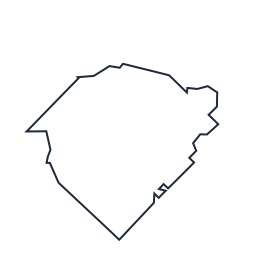 the district of Gilmer, Georgia, United States of America, rotated 314°
{"feature_id": "52423323B63727267020347", "entity_name": "Gilmer", "entity_type": "district", "adm_level": 2, "iso_a3": "USA", "parent_name": "United States of America", "parent_adm1": "Georgia", "projection": "mercator", "projection_center": [-84.424, 34.703], "detail": "fine", "context": "isolated", "style": "outline", "palette": "slate", "viewbox_px": 256, "rotation_deg": 314, "n_neighbors": 0, "source": "geoboundaries", "source_scale": "gbopen_adm2", "svg_char_len": 608}
<svg xmlns="http://www.w3.org/2000/svg" viewBox="0 0 256 256"><g transform="rotate(314 128 128)"><path d="M55.1,57.5L68.9,71.5L58.5,87.3L51.8,90.2L46.4,93.6L48.6,96.0L40.4,116.1L41.4,183.5L41.5,199.3L92.1,198.6L99.2,192.5L99.1,198.6L109.1,198.7L105.6,192.7L112.4,192.6L112.4,198.8L124.1,199.1L149.1,199.5L149.1,192.8L159.0,192.9L162.3,185.4L173.6,184.3L178.2,189.3L193.4,190.3L193.5,176.8L205.2,177.1L215.6,167.4L213.5,156.3L204.3,150.8L198.1,142.9L194.4,145.8L194.5,121.0L170.7,79.8L165.6,80.2L159.7,71.7L141.7,67.2L129.6,56.5L129.6,57.8L55.1,57.5Z" fill="none" stroke="#1e293b" stroke-width="2"/></g></svg>